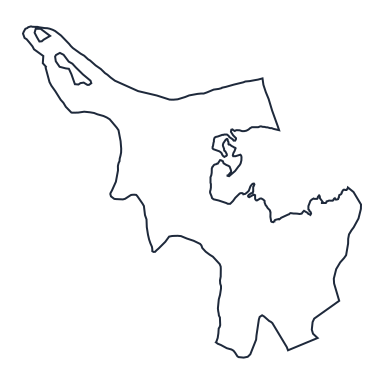 outline of Mitubas, Kafr ash Shaykh, Egypt
{"feature_id": "37247803B73956026156280", "entity_name": "Mitubas", "entity_type": "district", "adm_level": 2, "iso_a3": "EGY", "parent_name": "Egypt", "parent_adm1": "Kafr ash Shaykh", "projection": "orthographic", "projection_center": [30.507, 31.383], "detail": "fine", "context": "isolated", "style": "outline", "palette": "slate", "viewbox_px": 384, "rotation_deg": 0, "n_neighbors": 0, "source": "geoboundaries", "source_scale": "gbopen_adm2", "svg_char_len": 5955}
<svg xmlns="http://www.w3.org/2000/svg" viewBox="0 0 384 384"><path d="M317.6,338.0L313.0,333.7L311.8,329.7L312.6,322.1L314.2,318.6L339.2,300.8L334.1,283.5L333.8,278.7L336.2,269.1L340.2,262.4L344.1,258.0L346.1,255.2L348.1,243.6L348.2,238.8L349.0,234.4L351.4,230.4L353.7,227.3L358.5,218.5L360.9,208.9L361.0,204.5L353.5,192.0L347.9,187.5L347.6,188.8L346.4,189.6L346.4,190.0L345.2,190.0L344.0,189.6L342.8,190.4L342.1,192.0L341.7,192.3L341.6,193.5L340.9,194.3L339.3,195.1L339.3,195.5L338.9,196.3L338.9,197.5L338.5,197.9L338.1,199.1L336.9,199.5L335.7,199.5L334.9,198.3L334.5,198.7L334.1,198.7L333.3,199.9L333.3,200.3L332.5,200.7L329.0,200.6L327.0,201.4L326.6,201.4L326.2,202.6L325.8,203.0L321.9,203.0L321.9,202.6L322.6,201.8L319.9,198.2L319.9,197.0L319.5,195.8L319.1,195.4L317.9,196.9L317.5,198.5L317.1,198.9L314.4,198.9L313.6,198.5L311.6,199.7L310.4,200.9L308.4,206.1L308.4,209.3L309.2,210.1L309.6,211.3L310.4,211.7L311.1,213.3L310.7,214.5L310.3,214.9L310.0,214.5L308.3,213.9L307.6,212.9L304.0,210.8L302.8,212.0L301.7,213.6L299.7,214.0L296.9,213.6L293.4,213.5L290.6,213.1L289.8,213.5L289.0,214.3L287.8,214.7L281.1,217.8L280.3,218.6L279.1,219.4L278.7,219.0L275.6,219.8L274.8,220.2L274.4,221.0L274.4,221.4L274.0,221.4L273.2,222.2L271.6,221.8L271.2,221.4L270.4,216.9L270.5,212.1L270.1,211.7L270.1,210.9L269.7,210.1L267.7,208.1L266.5,206.1L265.7,205.3L264.6,202.5L264.6,200.9L263.4,199.7L261.4,198.5L260.2,198.5L257.1,200.4L256.3,200.4L255.5,199.6L255.1,198.8L255.1,195.2L254.3,194.8L252.7,195.2L249.2,197.2L248.4,196.8L248.0,196.0L248.8,194.8L251.2,193.2L252.0,193.2L252.4,192.8L252.8,192.8L252.8,192.0L253.2,191.6L253.2,186.8L253.6,186.4L254.4,184.4L254.0,183.6L253.2,183.6L252.4,184.0L251.6,184.8L250.4,186.4L248.8,190.8L246.8,192.7L245.2,193.9L243.3,194.3L242.9,193.5L242.1,193.1L240.9,193.1L239.7,193.5L235.3,197.8L233.0,201.0L230.2,203.8L227.8,203.8L226.2,203.0L218.7,200.5L213.6,199.3L212.0,198.0L211.6,196.4L210.1,192.8L210.1,191.2L210.5,190.0L210.9,187.6L210.9,184.0L210.5,182.8L210.5,177.2L211.3,175.2L211.7,172.8L211.8,168.4L212.2,167.6L212.2,167.2L213.0,166.4L213.4,165.6L214.2,164.8L214.9,164.5L216.5,164.1L216.9,163.7L217.7,163.7L220.1,160.1L221.7,160.5L222.5,161.3L222.9,161.3L223.6,163.3L226.4,165.0L228.4,165.8L229.6,166.6L230.7,169.4L231.1,171.0L231.1,171.8L229.1,174.2L228.7,175.0L227.5,175.4L227.5,175.8L229.1,176.2L235.1,171.0L238.6,166.3L239.4,165.5L240.6,163.5L241.4,160.3L241.5,157.1L241.1,155.5L240.3,154.7L235.5,156.2L233.2,156.2L232.8,155.4L233.2,153.8L233.6,152.6L234.4,151.4L235.6,148.2L235.2,147.8L234.0,147.4L233.6,147.0L232.0,146.2L230.8,145.4L230.0,144.6L228.9,144.6L228.5,144.2L228.5,142.2L227.7,140.6L227.7,139.8L227.3,139.0L226.9,138.9L225.7,139.7L223.3,143.3L222.9,144.9L222.9,145.7L224.1,148.9L224.1,150.1L224.5,150.9L225.3,151.3L226.8,154.2L226.8,155.4L226.0,156.1L224.9,156.5L224.5,156.9L223.7,156.5L222.9,155.7L222.1,154.5L221.7,153.3L220.5,152.1L219.3,151.3L213.4,149.2L212.6,148.4L212.6,146.8L213.0,146.0L213.5,142.8L213.9,141.6L213.9,140.0L214.3,138.4L214.7,137.6L215.9,136.9L217.8,136.5L222.2,134.9L223.4,134.9L224.2,134.5L226.9,134.5L228.1,135.4L228.9,136.2L229.3,137.0L232.8,139.4L233.6,140.6L235.2,140.6L236.0,139.0L236.0,138.2L233.2,135.4L230.9,131.8L231.3,129.8L231.7,129.8L232.1,129.4L232.5,129.4L233.3,130.2L234.8,131.0L235.2,130.6L236.4,130.2L237.6,130.2L239.6,130.3L242.0,131.1L244.3,131.1L246.3,130.7L247.9,129.9L249.1,129.1L249.9,128.3L251.9,127.2L258.2,127.2L260.2,126.4L261.3,126.4L262.5,126.8L264.5,126.9L266.1,127.3L267.3,127.3L270.0,128.1L271.6,128.1L273.6,128.9L279.1,130.2L277.9,126.6L272.1,110.5L268.6,98.9L265.8,92.1L263.4,84.8L262.5,78.4L258.0,79.6L254.0,80.3L249.7,81.1L245.3,81.5L243.4,82.3L233.9,84.6L225.8,86.9L222.0,87.7L221.6,88.1L218.8,88.9L213.7,89.6L206.7,92.5L203.8,93.5L201.4,93.5L197.5,93.9L189.2,95.4L185.2,97.0L177.7,99.3L173.3,99.7L169.6,99.6L156.8,95.5L138.1,91.1L114.9,80.7L110.6,77.5L107.4,74.7L105.0,73.1L100.8,69.0L95.6,65.4L90.1,60.5L88.1,59.3L84.2,55.7L80.7,53.7L72.8,48.0L70.8,46.0L69.2,44.0L61.0,35.5L55.1,31.0L52.7,29.8L49.6,28.7L47.2,28.2L44.8,28.1L39.3,27.3L37.7,26.9L32.6,26.8L31.0,26.4L28.2,27.2L27.4,28.0L25.4,28.8L23.8,31.6L23.0,33.6L24.6,38.0L26.6,39.2L29.3,42.4L32.5,46.4L34.0,49.3L43.3,56.0L42.8,63.2L46.0,66.8L45.6,67.6L49.5,82.1L51.4,85.7L55.3,91.2L60.7,99.8L63.4,102.8L65.8,106.8L71.3,112.5L72.1,112.7L78.1,112.6L84.2,111.7L90.0,112.3L94.1,113.0L97.4,114.3L103.5,116.0L106.8,117.5L109.7,119.3L116.7,127.6L118.5,130.2L120.6,141.2L121.2,148.7L121.1,152.5L120.5,155.6L119.7,158.7L119.5,161.3L118.8,162.5L118.3,164.2L117.9,166.1L118.0,170.4L115.9,181.7L112.0,190.4L110.6,192.9L110.3,194.0L111.0,196.4L114.3,198.9L116.4,199.1L122.9,199.4L125.1,198.8L130.8,195.1L132.0,194.8L134.4,194.7L136.2,194.9L137.3,196.1L142.5,203.6L143.9,206.0L145.0,215.1L146.5,219.4L146.8,227.2L148.0,234.8L149.1,239.5L150.4,243.3L151.9,246.7L152.3,249.0L152.3,251.2L153.5,251.9L155.1,251.8L156.6,250.2L158.6,248.5L165.3,241.8L169.1,236.6L172.1,236.0L174.4,235.9L177.7,235.8L181.0,236.1L186.8,238.5L193.7,240.8L200.1,243.9L201.4,245.4L202.3,248.0L205.7,251.7L209.7,254.7L212.9,256.7L219.7,264.1L220.7,266.6L220.8,269.0L220.7,276.6L220.0,280.3L220.2,283.6L221.0,286.0L221.0,288.6L220.0,295.0L218.8,299.3L217.9,308.4L218.2,311.1L218.7,313.6L218.9,315.5L219.9,317.5L220.2,325.1L219.7,326.9L218.7,328.5L218.4,333.2L217.7,337.9L216.3,341.9L215.9,342.3L217.7,343.7L220.9,345.0L226.8,348.2L231.5,349.5L233.5,350.7L235.1,352.7L237.4,356.3L238.6,357.1L243.7,357.6L247.7,356.8L250.3,354.3L256.1,339.7L256.5,335.3L258.9,319.3L259.7,316.9L262.1,315.3L264.1,316.5L269.2,321.0L270.8,321.8L272.3,323.0L286.8,347.1L288.0,350.3L317.6,338.0ZM90.5,80.7L91.3,83.2L88.9,84.9L87.4,84.9L83.7,82.6L80.5,83.1L78.5,84.5L74.9,84.2L71.4,74.2L68.9,68.8L65.8,68.4L59.6,66.8L55.8,61.3L55.1,56.6L56.0,55.0L59.9,52.9L63.6,54.8L68.7,61.6L72.4,63.7L75.7,67.3L82.9,74.4L90.5,80.7ZM41.8,41.3L39.4,41.5L36.8,37.0L34.6,32.7L35.7,28.8L40.6,28.8L50.1,35.9L43.6,39.7L41.8,41.3Z" fill="none" stroke="#1e293b" stroke-width="2"/></svg>